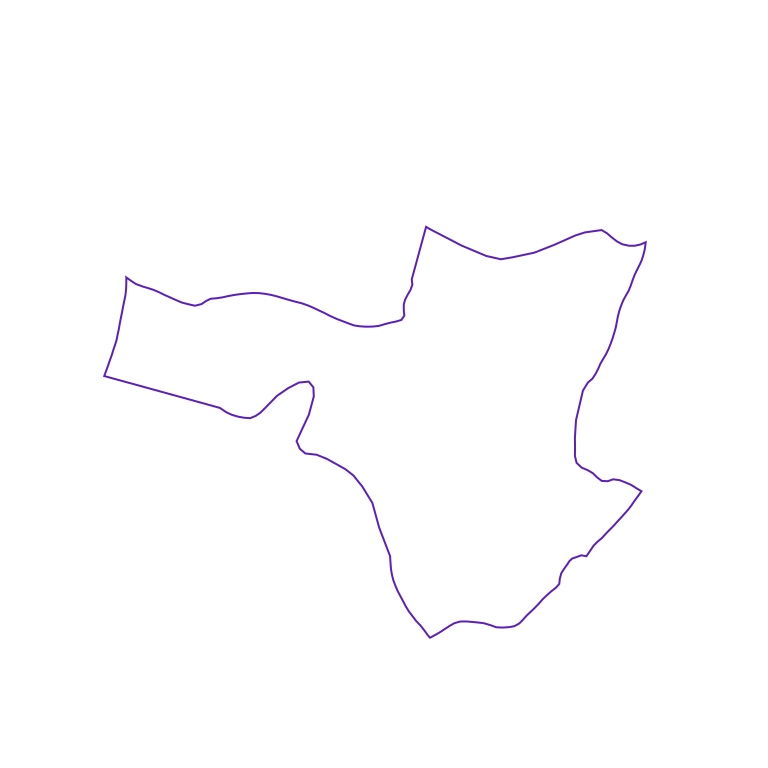 the district of Ar Rawdah, Shabwah, Yemen, rotated 110°
{"feature_id": "15242507B21642495199859", "entity_name": "Ar Rawdah", "entity_type": "district", "adm_level": 2, "iso_a3": "YEM", "parent_name": "Yemen", "parent_adm1": "Shabwah", "projection": "natural_earth1", "projection_center": [47.316, 14.501], "detail": "fine", "context": "isolated", "style": "outline", "palette": "violet", "viewbox_px": 768, "rotation_deg": 110, "n_neighbors": 0, "source": "geoboundaries", "source_scale": "gbopen_adm2", "svg_char_len": 3286}
<svg xmlns="http://www.w3.org/2000/svg" viewBox="0 0 768 768"><g transform="rotate(110 384 384)"><path d="M222.0,398.2L276.2,393.7L281.0,391.3L286.5,391.3L292.0,392.3L297.4,393.0L302.6,392.6L307.7,390.7L312.8,388.3L317.9,389.6L321.4,394.4L324.4,399.3L327.7,404.0L331.3,408.9L334.0,414.5L336.2,420.2L338.0,426.3L339.2,432.2L339.2,438.3L339.1,444.3L339.0,450.8L338.5,457.9L337.6,464.5L337.1,470.5L336.5,476.7L336.2,482.8L336.3,489.1L337.0,495.7L337.5,501.9L337.9,508.6L338.3,514.7L338.9,520.6L340.0,526.9L341.5,533.1L343.5,538.8L346.0,544.3L348.8,550.0L351.5,555.1L354.5,560.2L357.7,565.2L360.6,570.5L363.2,576.1L366.8,579.5L371.3,582.8L375.1,588.4L376.0,595.5L376.6,601.8L376.3,607.9L375.8,614.4L375.4,620.5L374.7,626.8L374.4,632.9L374.6,638.9L374.9,643.7L374.9,651.3L373.6,656.8L372.0,662.6L372.7,662.3L378.1,660.4L383.7,658.6L389.3,657.3L394.8,656.5L400.9,655.6L406.8,654.6L412.3,653.8L417.4,653.0L422.8,652.0L428.0,651.3L433.7,650.4L439.0,650.1L444.3,650.0L450.2,649.7L455.6,649.7L460.8,649.6L466.8,649.6L472.2,649.6L467.4,590.1L462.6,529.9L463.0,528.4L464.5,522.4L465.0,516.4L464.6,510.0L463.6,504.1L461.9,498.1L457.9,493.7L453.5,490.5L447.9,487.8L431.7,480.5L420.5,472.5L411.8,464.5L407.5,455.6L411.3,449.2L419.8,445.7L438.6,444.1L453.3,445.4L467.6,446.6L473.6,441.0L476.2,434.2L473.5,423.1L473.9,412.1L477.2,391.4L480.4,381.5L485.2,373.6L487.4,369.8L499.8,354.2L520.5,339.5L543.7,319.4L544.9,318.9L550.1,316.6L555.4,314.2L560.5,311.3L565.1,308.2L569.9,304.1L573.9,300.3L577.8,296.0L581.6,291.7L585.4,287.6L589.3,282.7L592.4,277.8L595.6,272.9L598.4,267.2L601.5,262.2L604.9,257.2L606.7,254.0L606.6,253.9L602.4,250.1L598.1,246.5L596.6,245.4L593.6,243.2L589.7,240.2L589.2,239.9L584.8,236.2L581.2,231.3L580.6,229.8L579.1,225.8L578.5,223.7L577.4,219.7L576.3,215.4L575.9,213.9L574.9,209.5L574.6,207.9L574.2,201.3L574.2,199.1L574.2,195.3L572.4,189.5L569.9,183.7L567.0,178.7L563.6,175.7L562.8,175.0L557.5,172.6L554.2,171.3L552.6,170.6L550.9,169.8L547.2,167.9L542.0,165.4L536.8,163.1L536.4,163.0L531.8,161.2L528.0,159.3L527.0,158.8L521.9,156.1L517.1,153.1L516.9,152.9L515.6,152.4L511.9,150.9L511.6,151.0L506.8,152.2L504.5,152.4L501.4,152.7L499.4,152.3L496.2,151.6L492.3,150.5L491.0,150.1L487.0,149.2L483.7,147.5L481.1,144.3L477.5,140.0L476.6,134.9L469.6,133.1L464.1,131.7L459.7,129.7L459.1,129.4L454.3,126.6L448.7,124.3L443.8,122.1L438.7,119.7L433.6,117.7L428.4,115.5L423.4,113.5L418.3,111.5L413.2,109.9L407.9,108.6L402.4,106.9L396.7,105.4L395.7,110.8L394.3,117.1L393.9,123.3L393.8,129.8L395.2,136.1L398.8,140.5L400.6,146.2L398.8,151.9L396.4,157.2L395.3,163.1L395.0,169.6L392.3,176.0L386.3,180.0L378.2,182.8L369.6,186.1L352.3,191.2L322.1,194.8L312.9,192.9L307.7,190.0L302.4,188.7L296.3,187.9L290.9,187.6L285.5,186.6L280.3,185.6L274.6,185.0L269.0,184.8L263.1,184.8L257.6,185.1L251.8,185.5L246.3,186.4L240.8,187.3L235.1,187.9L229.3,188.0L223.7,187.8L218.3,187.0L212.7,186.0L207.0,185.8L201.0,185.9L195.6,185.8L190.4,185.3L185.1,184.6L179.7,184.2L174.0,184.4L168.5,185.0L163.2,186.1L161.3,186.6L165.2,190.7L168.3,195.6L170.3,201.2L171.2,207.9L170.3,214.0L168.3,220.2L166.1,226.0L164.9,232.1L172.8,247.0L178.9,254.9L194.9,271.5L209.2,287.7L221.0,306.6L226.8,316.8L228.7,331.7L227.4,358.3L227.1,360.6L222.7,394.2L221.9,398.2L222.0,398.2Z" fill="none" stroke="#5b21b6" stroke-width="2"/></g></svg>